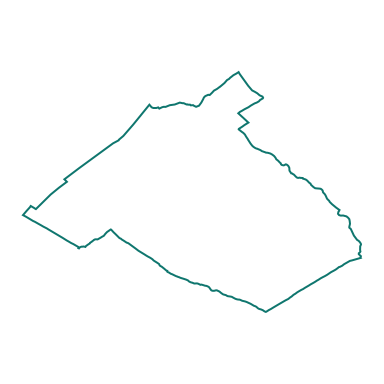 outline of Adaseni, Botosani, Romania, rotated 180°
{"feature_id": "2599482B82980263638886", "entity_name": "Adaseni", "entity_type": "district", "adm_level": 2, "iso_a3": "ROU", "parent_name": "Romania", "parent_adm1": "Botosani", "projection": "equal_earth", "projection_center": [26.935, 48.065], "detail": "fine", "context": "isolated", "style": "outline", "palette": "teal", "viewbox_px": 384, "rotation_deg": 180, "n_neighbors": 0, "source": "geoboundaries", "source_scale": "gbopen_adm2", "svg_char_len": 5911}
<svg xmlns="http://www.w3.org/2000/svg" viewBox="0 0 384 384"><g transform="rotate(180 192 192)"><path d="M353.3,178.0L353.9,177.0L354.5,176.3L357.4,173.1L361.0,168.9L357.7,167.1L350.9,163.0L349.3,162.3L344.7,159.7L342.9,158.7L340.7,157.4L337.2,155.6L336.4,155.1L335.8,154.7L321.3,146.1L317.2,143.5L315.4,142.5L312.9,141.0L312.1,140.6L311.0,140.1L310.1,139.6L305.3,136.8L305.5,136.5L305.7,135.9L305.0,135.6L304.5,136.3L303.8,136.8L303.2,137.1L302.5,137.3L301.6,137.3L300.5,137.5L299.5,137.3L298.6,137.1L298.3,137.7L297.8,138.1L297.0,138.7L295.6,139.7L294.3,140.5L294.0,140.9L294.0,141.1L293.6,141.4L293.3,141.6L293.2,141.7L292.3,142.2L291.7,142.8L291.1,143.2L290.4,143.7L290.3,143.9L290.2,144.0L289.0,144.6L288.5,144.7L288.2,144.7L287.7,144.7L286.4,144.6L283.4,146.3L281.7,147.4L280.3,148.1L279.4,149.2L278.9,149.9L277.8,151.1L277.2,151.7L276.7,152.2L276.2,152.5L275.6,152.9L274.9,153.4L274.5,153.7L273.6,154.3L273.3,154.5L273.1,154.4L272.9,154.4L272.6,154.1L270.5,151.8L268.5,149.9L267.2,148.6L265.3,146.7L264.9,146.3L264.5,145.9L263.5,145.5L263.1,145.3L262.3,144.6L261.8,144.2L260.7,143.6L259.8,143.0L258.3,142.0L257.6,141.5L256.9,141.2L256.3,141.1L255.8,140.8L255.4,140.6L248.2,135.3L245.6,133.3L239.4,129.5L237.7,128.4L236.0,127.4L234.1,126.4L232.5,125.4L231.8,124.9L231.4,124.6L231.0,124.2L230.8,123.9L230.2,123.4L229.3,122.8L227.2,121.5L226.2,120.8L225.8,120.6L225.3,120.2L225.0,120.0L224.8,119.8L224.5,118.9L224.2,118.5L223.9,118.2L223.5,117.9L223.2,117.8L222.4,117.4L219.9,115.4L218.4,114.1L217.3,113.2L217.1,113.1L216.9,113.1L216.7,113.1L216.7,112.7L216.7,112.3L216.4,112.1L216.1,111.9L215.7,111.7L215.1,111.5L214.2,110.9L213.1,110.2L212.5,110.0L211.7,109.7L209.5,108.6L209.1,108.4L208.4,108.1L208.0,107.9L207.6,107.7L206.5,107.4L205.8,107.0L204.6,106.7L203.9,106.3L202.7,105.9L201.0,105.4L197.9,104.4L196.1,103.6L195.8,103.4L195.3,102.8L195.0,102.6L194.7,102.4L193.7,101.9L193.2,101.7L192.6,101.5L191.7,101.3L190.5,100.8L190.1,100.6L189.5,100.5L189.1,100.5L187.1,100.6L186.5,100.5L185.6,100.2L184.2,99.5L183.6,99.2L183.4,99.2L183.0,99.4L182.7,99.4L182.2,99.3L181.5,99.1L180.2,98.7L179.6,98.5L179.0,98.3L177.5,98.1L176.8,97.8L175.7,97.3L175.1,96.9L174.8,96.6L174.3,95.9L173.6,94.9L172.8,93.8L172.3,93.5L171.7,93.3L171.1,93.2L170.4,93.2L169.9,93.2L167.9,93.7L167.6,93.7L167.3,93.7L167.0,93.6L165.3,92.8L164.5,92.4L164.0,92.0L163.5,91.5L161.6,90.1L161.2,89.8L160.5,89.5L158.6,89.0L158.3,88.9L157.8,88.7L156.9,88.1L156.5,87.9L156.0,87.8L153.9,87.5L152.8,87.3L152.3,87.2L151.9,87.0L150.7,86.3L149.4,85.6L148.4,85.1L148.0,85.0L147.5,84.8L146.2,84.5L145.3,84.4L144.6,84.4L144.3,84.3L143.9,84.2L143.0,83.8L142.0,83.3L141.6,83.2L141.3,83.1L139.9,82.8L138.7,82.5L137.3,82.0L135.8,81.3L133.4,80.2L131.2,78.9L130.6,78.5L130.0,78.2L128.6,77.7L128.0,77.4L127.2,76.8L126.5,76.1L126.0,75.7L125.5,75.4L125.1,75.2L124.6,75.0L123.1,74.6L122.6,74.4L121.9,74.1L121.2,73.8L119.6,72.7L119.0,72.4L118.4,72.2L118.2,72.1L117.7,72.3L116.4,73.1L115.4,73.8L113.1,75.0L110.5,76.6L105.6,79.5L98.4,83.7L97.0,84.4L95.6,85.1L94.2,86.3L92.1,87.7L91.3,88.5L90.5,89.1L90.0,89.5L88.6,90.3L86.9,91.6L85.1,92.7L82.5,94.2L81.0,94.9L79.2,96.1L76.3,97.8L75.1,98.5L74.2,99.1L72.9,99.9L70.7,101.1L69.7,101.7L68.7,102.3L66.9,103.5L65.6,104.2L63.3,105.7L61.1,106.9L59.1,107.9L56.7,109.3L53.2,111.7L52.5,112.1L50.6,113.1L49.2,113.9L48.3,114.4L47.4,115.1L46.8,115.5L45.8,116.3L45.1,116.9L44.2,117.1L41.8,118.3L39.9,119.8L36.9,121.5L34.1,123.1L32.0,123.6L23.3,126.1L23.6,126.5L23.1,127.8L25.2,129.8L25.2,130.7L24.8,131.1L24.2,131.5L23.6,132.4L23.8,133.4L23.9,134.3L23.8,137.7L23.0,139.5L23.2,140.4L24.2,141.9L25.4,143.2L26.9,144.1L30.1,148.4L33.0,154.6L33.4,155.3L34.2,155.8L34.7,156.4L34.7,157.2L34.0,160.2L34.3,162.9L34.7,164.8L35.8,166.2L37.5,167.6L40.9,168.5L43.2,168.4L44.9,168.9L46.0,170.2L45.6,172.1L44.8,173.3L44.5,174.0L45.4,174.6L48.0,176.5L52.0,179.8L54.3,182.1L54.8,183.1L56.8,185.1L57.2,185.8L57.9,187.4L58.5,188.7L58.9,189.3L59.5,190.2L60.4,191.0L61.1,192.0L61.2,193.0L61.6,193.8L62.3,194.5L63.3,195.2L64.6,195.4L67.3,195.6L68.9,195.8L70.5,196.9L73.0,199.2L73.5,200.4L74.7,201.2L76.9,203.5L78.3,204.5L81.1,205.4L81.3,206.0L83.4,206.1L84.1,206.3L84.6,206.3L85.4,206.1L86.0,206.1L86.8,206.3L87.4,206.7L88.2,207.4L90.1,209.4L91.2,210.0L92.2,210.7L92.8,210.7L94.5,213.3L94.6,214.4L94.6,215.2L94.8,216.5L95.8,218.2L97.0,219.2L97.9,219.6L98.5,219.6L99.3,219.0L100.1,218.7L100.8,218.7L102.1,219.0L102.7,219.4L103.1,220.0L103.2,220.6L103.8,221.1L104.5,221.8L105.6,223.0L106.5,223.8L107.2,224.3L107.7,224.7L108.0,225.3L108.6,226.4L109.9,228.0L112.0,229.6L112.7,229.9L113.4,230.4L115.1,230.9L116.2,231.2L117.0,231.3L117.9,231.3L118.5,231.6L121.0,232.5L122.2,232.9L123.4,233.8L124.5,234.3L125.5,234.7L126.8,235.3L127.5,235.4L128.8,236.0L130.6,237.2L131.8,238.3L133.5,240.5L134.9,242.7L136.0,244.4L136.5,245.4L137.2,246.3L138.2,247.9L139.1,249.5L139.9,250.3L140.7,251.1L142.4,252.3L145.3,254.6L145.2,255.1L141.5,257.5L139.6,258.9L135.6,261.4L145.7,270.7L144.1,272.1L142.4,273.0L139.4,274.8L135.5,276.8L133.2,278.4L131.5,279.4L129.4,280.6L127.3,281.4L125.2,282.6L124.6,283.2L124.1,283.9L121.2,285.6L120.9,286.2L121.5,287.4L124.4,288.7L126.7,290.7L129.2,292.2L131.9,293.6L135.8,298.2L144.4,310.1L145.0,311.2L145.4,311.9L147.5,310.5L150.6,308.8L152.7,307.1L153.8,306.3L154.9,305.1L155.8,304.6L157.0,303.9L159.5,301.0L161.4,299.4L163.2,297.9L167.1,295.0L170.0,293.4L172.1,291.1L174.3,289.0L175.8,289.2L178.7,287.9L180.1,286.5L180.8,284.9L182.7,281.4L185.0,278.3L187.9,277.2L190.2,278.3L190.8,278.8L193.3,278.7L193.9,279.3L196.0,279.3L196.5,279.6L197.4,279.5L200.3,280.8L201.5,280.8L204.2,281.4L209.2,279.5L214.2,278.8L218.4,277.1L220.2,277.2L221.8,276.8L224.7,275.4L225.8,276.6L227.7,276.0L230.7,276.0L232.4,276.7L234.6,279.3L250.8,259.4L260.7,248.0L265.1,244.3L265.3,243.7L270.9,240.7L304.8,215.9L319.6,204.7L317.1,202.2L325.0,196.3L333.3,189.5L348.1,174.9L348.7,175.2L350.0,176.1L353.3,178.0Z" fill="none" stroke="#0f766e" stroke-width="2"/></g></svg>